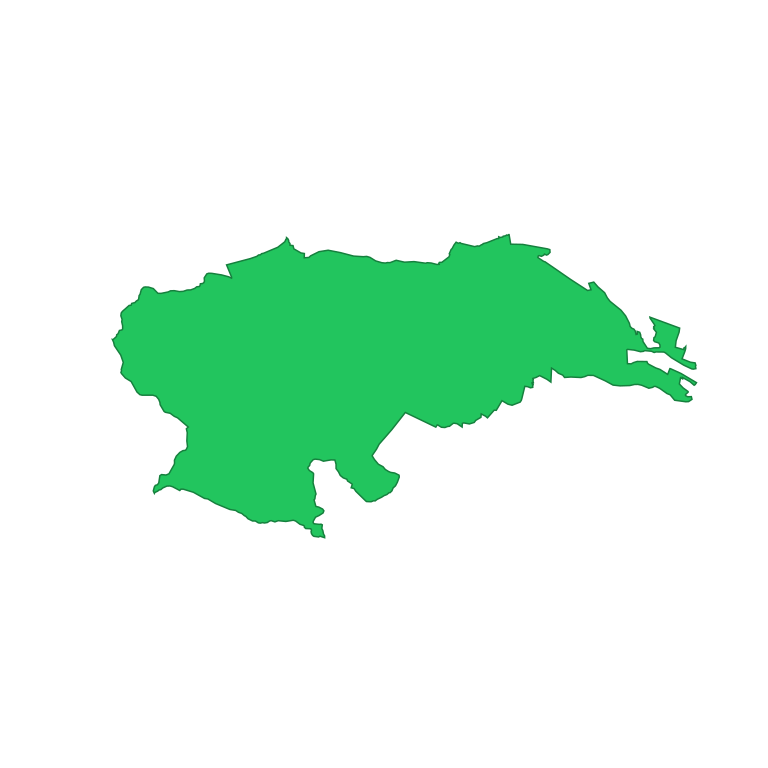 Valcau De Jos, Salaj, Romania (Natural Earth projection), rotated 39°
{"feature_id": "2599482B85911950324638", "entity_name": "Valcau De Jos", "entity_type": "district", "adm_level": 2, "iso_a3": "ROU", "parent_name": "Romania", "parent_adm1": "Salaj", "projection": "natural_earth1", "projection_center": [22.736, 47.091], "detail": "fine", "context": "isolated", "style": "filled", "palette": "green", "viewbox_px": 768, "rotation_deg": 39, "n_neighbors": 0, "source": "geoboundaries", "source_scale": "gbopen_adm2", "svg_char_len": 6170}
<svg xmlns="http://www.w3.org/2000/svg" viewBox="0 0 768 768"><g transform="rotate(39 384 384)"><path d="M274.4,613.5L274.2,612.5L275.5,609.8L276.0,607.7L277.0,606.6L277.5,604.0L279.5,600.0L281.9,597.9L284.3,596.9L292.3,595.3L292.4,593.5L294.1,592.1L304.0,588.1L316.5,585.9L319.4,584.2L328.3,582.9L343.2,578.5L348.3,575.6L351.6,575.3L354.9,574.1L358.5,574.2L359.7,573.8L363.2,574.3L368.0,573.2L370.3,571.4L373.7,571.0L375.5,569.9L376.8,568.2L378.5,567.3L380.5,565.1L381.3,562.5L382.3,561.2L386.0,559.8L387.8,556.8L394.2,552.6L399.2,547.0L401.4,546.1L407.0,545.9L410.5,544.5L411.5,544.6L412.2,545.4L414.1,545.6L418.2,542.6L419.6,543.2L420.3,544.7L421.8,545.9L423.8,546.6L425.4,546.5L429.5,544.0L430.0,542.6L434.6,540.8L433.4,539.4L431.5,538.7L428.7,536.4L426.6,535.4L424.7,532.3L423.4,532.5L421.9,533.9L417.7,536.6L416.2,536.4L415.4,535.2L414.6,530.6L416.3,527.1L417.8,522.6L417.1,520.4L415.0,519.8L410.8,520.7L408.1,522.0L402.5,518.0L402.6,516.8L400.9,514.1L400.4,512.3L391.1,505.5L385.8,498.1L384.5,497.7L380.5,498.2L377.7,497.4L377.3,496.1L377.5,494.1L376.5,492.3L376.4,491.1L376.6,487.3L377.8,485.7L381.5,483.3L385.5,482.1L390.7,476.2L393.7,474.0L397.2,476.5L400.0,479.9L403.9,480.9L407.6,482.6L411.4,482.6L415.1,481.4L416.7,482.3L421.9,481.8L422.6,482.2L423.8,485.3L426.5,484.1L429.6,485.1L443.5,486.4L444.5,486.3L448.1,483.6L449.4,481.3L450.7,480.4L451.3,477.9L453.4,473.5L454.3,470.7L455.8,468.1L456.3,465.4L457.1,464.6L457.4,462.1L456.5,459.1L457.0,455.9L456.2,451.9L454.4,446.7L453.1,445.4L452.5,445.5L448.4,446.4L444.8,448.5L442.7,449.1L438.8,449.6L435.3,448.9L430.1,449.9L424.1,448.7L420.1,447.3L419.8,446.8L419.2,439.4L418.1,433.8L418.8,414.5L418.5,392.7L451.4,384.9L451.1,382.4L451.5,382.0L455.8,381.5L458.7,379.5L460.3,376.8L461.5,375.7L462.5,371.1L463.2,370.3L465.9,368.8L471.8,368.3L469.7,365.3L470.4,364.1L475.5,361.3L478.3,357.1L478.2,354.5L480.3,348.9L478.4,346.1L483.2,345.1L485.7,345.2L486.1,335.0L487.8,333.8L486.2,322.7L493.0,321.7L496.9,319.9L501.2,312.4L501.0,310.3L500.4,308.8L494.9,297.2L497.5,295.6L500.2,294.8L501.7,293.0L500.1,291.1L500.4,290.7L499.9,290.2L499.1,290.6L498.3,289.9L499.2,288.9L498.1,288.1L497.2,287.0L497.3,286.7L496.2,286.0L498.0,283.3L499.7,279.5L507.7,277.8L512.5,277.5L504.2,266.2L508.4,265.7L512.7,265.9L517.3,264.6L520.2,265.3L524.8,261.0L533.0,255.0L535.4,251.9L536.9,249.0L541.4,245.5L554.0,242.3L562.7,240.7L568.6,236.9L576.0,230.5L579.0,226.7L581.6,224.5L585.0,222.8L592.5,220.6L594.9,217.5L595.4,215.9L596.7,214.9L600.8,213.9L610.0,213.3L613.2,212.3L620.1,213.7L629.7,207.9L631.8,206.0L633.0,202.1L630.8,200.4L628.0,202.8L626.0,203.2L625.2,202.9L625.0,202.2L625.5,199.0L625.1,198.5L618.9,198.8L613.5,198.1L610.5,192.5L612.7,192.1L611.8,191.1L612.9,190.9L620.4,189.6L625.8,189.8L626.2,188.6L626.0,186.3L608.2,188.9L597.0,191.8L596.5,192.1L598.4,198.0L589.3,199.0L585.1,200.5L577.1,202.1L575.8,202.0L574.2,201.1L566.6,207.1L564.4,210.4L563.4,212.8L560.4,215.0L551.2,204.7L551.5,203.8L557.1,200.2L563.0,197.5L565.1,195.3L565.6,194.0L571.3,190.2L574.1,189.5L575.2,187.9L581.3,183.1L583.0,182.7L590.9,182.7L605.2,180.7L613.7,178.6L615.1,177.7L616.7,175.8L614.8,174.1L614.7,173.3L612.5,171.8L608.5,174.2L599.8,176.9L597.4,169.5L596.2,166.7L594.9,165.0L594.9,166.2L594.4,167.1L595.2,168.7L587.3,172.1L583.8,166.6L580.7,158.0L578.6,154.5L548.6,164.7L549.4,165.4L556.6,167.6L557.8,168.2L557.5,169.7L557.8,170.2L558.9,170.5L558.8,171.4L563.2,172.4L565.0,176.7L564.6,178.0L566.1,180.5L567.7,180.8L571.7,179.2L573.9,180.0L575.3,181.6L574.9,182.8L571.1,186.0L568.9,188.8L566.2,190.5L558.5,188.0L556.9,186.3L555.5,186.5L554.0,185.8L552.4,184.2L550.2,182.9L547.7,183.8L549.5,185.8L548.7,186.9L545.9,184.7L543.7,184.1L541.4,184.7L539.1,184.4L536.5,182.4L528.9,179.0L521.8,177.5L507.7,177.5L503.3,176.5L498.0,174.2L489.2,173.9L482.9,172.8L479.8,176.9L485.6,180.5L483.4,183.2L463.3,185.3L432.1,187.7L431.1,188.2L424.0,188.9L423.3,187.5L423.6,186.7L426.0,185.7L427.1,183.2L426.9,182.1L429.2,181.5L429.9,180.2L430.2,177.2L428.3,175.2L425.8,176.2L404.0,188.2L394.5,195.6L387.2,189.2L386.8,189.5L386.7,190.4L385.4,191.2L385.3,192.2L383.6,194.2L383.8,195.0L382.1,197.0L380.6,197.4L381.5,198.3L381.5,198.8L380.4,199.8L375.0,209.5L372.7,212.5L372.8,213.5L372.1,214.4L371.3,216.9L369.7,217.9L368.0,220.2L355.3,226.3L354.2,226.3L353.1,227.9L350.8,228.4L350.9,231.9L351.7,235.9L351.5,237.2L352.8,241.8L353.7,242.0L354.5,244.2L352.4,253.0L350.5,254.7L350.7,255.8L351.6,256.3L349.9,257.8L344.5,260.3L341.2,262.6L340.4,263.9L330.3,270.0L323.3,276.4L315.6,280.2L312.3,285.9L310.2,287.5L309.0,289.1L306.0,291.1L300.0,293.6L293.5,294.4L290.3,295.7L287.8,298.1L279.9,303.7L267.3,309.4L256.4,315.2L250.2,322.1L246.3,330.6L246.0,332.9L242.6,336.1L240.0,332.7L237.0,334.4L228.9,335.7L226.2,333.7L223.6,335.3L222.5,334.0L220.6,333.5L219.4,332.3L217.7,331.6L216.2,331.6L217.0,332.6L216.7,333.2L217.4,335.9L215.4,344.6L208.1,358.2L206.8,359.8L206.7,361.3L205.3,362.7L204.8,364.9L201.1,370.8L186.7,390.5L198.4,396.9L198.9,397.7L195.9,398.4L189.2,401.4L180.5,406.4L178.1,408.2L177.0,409.9L177.5,414.7L179.7,417.0L180.2,418.5L179.8,420.0L178.2,421.7L179.1,423.3L179.2,424.4L177.3,426.3L176.7,428.9L174.5,432.6L171.9,434.8L169.7,438.3L166.9,440.9L162.2,443.5L159.4,446.0L158.4,448.2L153.7,453.9L151.2,455.8L144.7,455.0L140.0,456.9L137.3,458.9L136.3,460.2L136.0,463.4L138.0,467.9L138.0,469.3L139.8,472.3L140.0,473.5L139.3,475.4L139.2,477.4L137.2,480.2L137.9,482.0L136.5,483.3L135.0,492.2L135.1,494.2L136.6,496.6L139.9,498.7L140.9,500.6L144.3,503.3L146.3,505.8L146.3,506.9L144.7,508.9L145.7,512.3L145.3,514.0L146.2,515.4L145.5,520.0L144.9,520.3L147.6,521.7L150.4,523.9L161.2,527.2L167.8,531.3L170.7,538.1L171.7,538.9L172.3,540.6L173.5,541.1L179.2,542.1L185.9,541.2L197.1,545.7L201.0,545.9L203.1,544.9L211.3,538.2L214.7,536.9L218.5,537.7L221.4,539.3L223.1,541.0L230.3,543.7L231.8,543.6L236.3,541.3L241.4,541.1L244.8,540.2L259.0,540.6L258.6,543.2L261.7,545.6L266.6,552.3L270.8,556.4L271.5,559.4L271.4,560.5L269.7,562.3L268.4,565.6L268.0,570.8L269.1,575.1L271.0,577.3L271.6,578.5L273.4,589.1L271.9,591.9L268.1,594.4L267.5,596.3L271.2,602.6L271.3,604.9L270.1,606.7L270.3,608.5L272.0,612.3L274.4,613.5Z" fill="#22c55e" stroke="#15803d" stroke-width="1.5"/></g></svg>